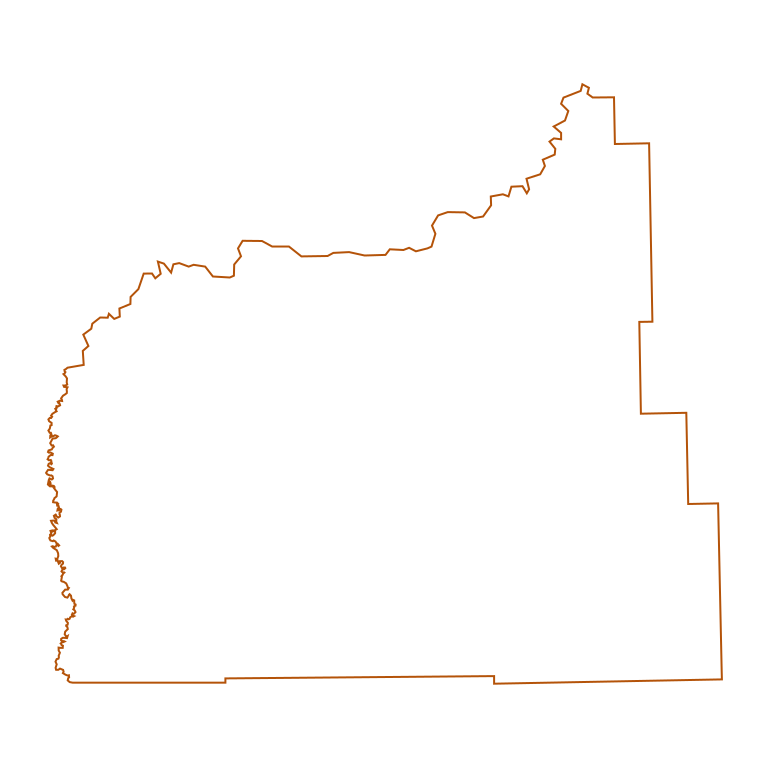 the district of Garfield, Montana, United States of America
{"feature_id": "52423323B69733440300774", "entity_name": "Garfield", "entity_type": "district", "adm_level": 2, "iso_a3": "USA", "parent_name": "United States of America", "parent_adm1": "Montana", "projection": "albers", "projection_center": [-107.725, 47.414], "detail": "fine", "context": "isolated", "style": "outline", "palette": "amber", "viewbox_px": 768, "rotation_deg": 0, "n_neighbors": 0, "source": "geoboundaries", "source_scale": "gbopen_adm2", "svg_char_len": 5009}
<svg xmlns="http://www.w3.org/2000/svg" viewBox="0 0 768 768"><path d="M67.5,367.7L66.0,369.0L64.4,369.9L64.7,371.5L65.4,372.1L64.5,373.6L63.5,374.1L64.3,375.0L65.6,376.3L67.0,378.4L66.7,382.3L67.2,384.5L65.4,385.5L63.5,385.5L64.1,386.9L66.2,387.0L67.5,387.3L66.6,389.0L66.9,391.7L66.8,393.1L65.1,394.4L63.0,395.7L61.1,398.4L61.9,399.8L62.1,401.0L59.9,400.7L57.7,401.7L58.5,403.2L59.2,402.9L59.9,404.4L60.1,405.3L58.1,406.4L56.5,406.1L56.1,408.0L56.6,408.0L56.1,409.3L55.5,409.2L55.9,410.2L56.6,411.3L54.9,412.2L52.4,413.8L51.1,415.7L52.1,416.7L51.1,418.0L49.8,417.9L48.4,419.4L49.1,421.2L51.6,422.9L51.6,425.1L50.4,425.5L49.8,428.6L48.4,430.5L49.7,432.8L50.9,432.8L51.3,434.0L50.3,435.5L50.2,437.4L51.3,436.7L50.8,435.7L51.9,435.5L52.3,436.3L53.5,436.1L54.8,435.3L55.6,435.4L56.9,435.9L57.8,436.4L56.9,437.3L55.7,438.2L52.6,438.6L50.2,443.1L51.6,445.5L53.1,445.3L53.9,446.7L52.7,447.8L51.8,449.4L48.6,450.4L48.0,452.0L49.0,452.7L50.3,452.4L52.8,453.7L52.5,455.1L50.8,455.0L48.6,456.7L48.3,458.0L47.6,459.3L49.0,460.3L50.8,460.0L51.5,462.4L51.9,463.6L51.3,464.2L50.5,463.3L50.7,462.8L50.2,463.1L48.7,463.8L48.0,465.7L49.8,467.3L51.5,468.1L53.4,469.0L52.6,470.2L50.5,470.0L48.1,469.8L46.8,471.7L46.1,472.9L47.2,474.3L48.6,474.9L50.1,475.5L51.4,475.4L52.6,476.3L53.0,478.5L51.8,479.5L49.5,478.4L48.8,480.0L49.0,480.7L50.0,481.6L50.6,483.3L50.3,484.8L49.0,483.9L48.3,482.5L47.9,484.5L49.9,486.3L52.2,486.3L52.1,485.6L53.8,485.9L54.5,486.8L54.5,488.0L54.0,488.1L55.1,489.6L57.1,492.0L56.6,496.4L54.4,498.2L54.1,499.2L53.2,500.7L53.1,502.2L55.0,502.5L57.0,502.6L58.8,504.5L57.9,504.1L57.0,504.2L57.2,505.7L58.5,505.9L59.0,507.5L57.8,508.5L57.4,510.5L59.1,510.1L58.9,508.8L60.6,509.0L61.4,509.6L61.0,511.7L59.6,512.4L59.5,514.3L59.9,514.9L60.0,516.4L58.4,517.5L56.3,516.2L56.1,515.2L55.7,514.6L53.9,515.8L54.6,517.9L56.4,519.2L56.2,521.5L56.9,523.0L55.3,522.5L54.7,521.0L54.5,520.6L52.9,520.6L51.0,520.8L51.9,523.0L53.1,524.8L55.1,527.2L56.7,529.2L54.3,530.5L52.4,530.4L50.5,530.9L50.9,532.1L51.7,531.9L53.7,531.1L55.1,531.2L55.1,533.3L53.3,535.2L52.4,535.7L51.3,535.2L51.2,533.6L50.0,534.8L50.3,536.4L49.3,538.0L49.8,539.4L50.5,540.5L52.9,541.2L53.7,540.5L55.5,541.5L56.7,543.7L57.5,543.6L59.1,545.4L58.4,545.9L58.0,545.2L57.1,544.5L56.5,545.0L55.8,546.6L53.9,546.9L52.8,546.2L51.9,546.5L53.2,547.9L56.8,550.2L58.1,553.2L58.3,556.1L57.2,559.1L55.7,558.7L56.1,560.7L56.9,560.6L57.6,560.4L58.2,562.2L58.8,563.7L60.1,562.7L59.9,561.2L62.1,561.1L63.1,562.1L63.0,563.6L61.6,564.8L60.9,566.2L62.0,568.1L63.6,567.5L65.0,567.5L65.3,568.1L64.2,569.2L62.9,569.4L62.1,570.2L61.5,571.4L62.8,572.7L63.9,572.3L64.3,572.6L63.2,573.5L62.5,575.1L61.2,576.0L60.8,575.8L61.9,576.8L61.4,579.6L61.1,580.7L62.1,581.5L63.7,581.8L66.2,583.4L67.5,586.3L68.0,588.1L68.5,587.9L68.8,588.0L67.8,589.6L65.2,589.6L62.4,592.8L62.6,594.2L65.0,597.0L67.4,597.6L68.5,596.1L68.9,594.9L69.6,594.2L71.0,595.7L71.4,598.4L72.5,600.6L73.1,599.9L74.2,600.4L74.2,601.8L74.4,603.8L75.6,604.5L75.5,605.7L74.3,606.1L73.9,606.9L74.2,607.4L73.9,608.5L73.3,609.3L74.6,610.3L75.3,611.5L75.5,612.1L74.1,613.6L72.9,613.7L72.5,613.4L71.9,614.7L72.9,615.6L74.1,616.1L73.0,616.7L72.0,616.1L70.1,617.4L69.7,618.7L68.7,619.3L67.7,618.8L66.8,619.6L65.8,619.5L66.2,620.8L67.9,622.9L67.6,624.7L66.2,625.3L66.2,626.0L67.4,627.1L67.8,629.1L65.2,631.6L64.7,634.3L65.9,636.0L67.3,636.3L67.6,636.1L67.0,638.1L65.4,637.9L62.8,637.8L61.2,638.8L61.1,640.4L62.5,641.1L63.8,641.1L64.6,641.5L63.3,642.1L61.8,642.4L60.7,643.5L61.2,644.0L61.6,645.1L62.9,645.7L62.7,647.9L60.8,647.9L58.6,647.6L58.7,650.6L59.9,652.7L58.7,655.7L58.9,657.3L58.4,658.7L56.7,659.1L55.5,661.7L56.7,664.3L55.6,667.8L56.1,669.8L58.3,669.8L60.0,668.6L63.1,669.9L63.6,671.7L62.9,673.1L65.5,674.7L67.8,675.6L68.9,675.3L69.1,677.3L68.2,678.2L67.7,680.4L69.7,682.1L72.8,682.7L225.4,682.7L225.4,678.4L494.1,676.1L494.1,683.7L721.9,679.4L721.7,671.8L718.1,503.4L688.2,504.0L686.3,412.8L640.9,413.7L639.3,321.9L652.4,321.7L649.1,143.3L614.9,144.0L614.0,97.3L592.7,97.5L587.4,93.7L588.9,87.8L582.4,84.3L580.7,90.9L563.5,97.6L561.1,103.8L568.3,111.0L565.0,120.5L553.7,126.5L561.1,132.9L561.1,139.3L553.9,138.4L549.5,141.6L555.3,148.8L554.7,154.6L542.8,159.7L544.9,166.0L540.2,174.3L526.5,178.7L529.1,189.3L526.8,193.3L522.5,186.2L511.4,186.7L508.5,196.4L502.9,194.3L490.8,196.5L491.1,205.3L483.1,216.5L474.0,218.1L464.9,212.4L447.8,212.1L438.1,215.4L432.0,225.6L435.4,233.8L431.5,246.6L427.4,248.4L415.9,251.3L409.1,247.8L403.4,250.0L389.8,249.3L385.5,254.9L364.6,255.5L349.1,252.1L333.3,252.9L327.6,256.0L301.4,256.4L288.9,246.5L272.1,246.5L262.0,241.0L242.6,240.8L238.0,248.4L241.0,256.3L234.2,264.5L233.9,275.7L229.8,277.5L212.9,276.5L205.2,266.6L193.6,264.8L188.7,266.6L179.2,263.1L173.4,264.3L171.1,272.6L163.9,263.6L157.9,261.6L160.7,273.8L155.3,278.3L152.0,273.5L143.7,273.6L138.4,289.1L130.6,296.9L130.4,304.0L119.4,308.5L119.8,316.6L114.2,318.9L108.9,313.8L107.7,317.7L100.2,317.5L92.3,323.7L91.3,328.7L83.3,334.6L88.4,346.0L82.8,350.9L83.7,364.9L67.5,367.7Z" fill="none" stroke="#b45309" stroke-width="2"/></svg>